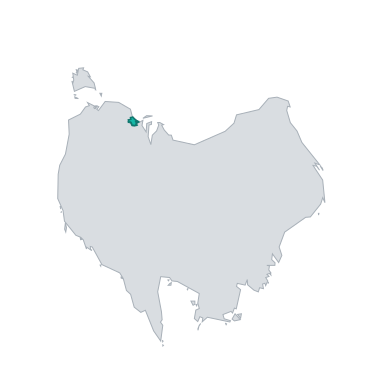 location of Coorong, South Australia, Australia, rotated 168°
{"feature_id": "25037944B88075036338207", "entity_name": "Coorong", "entity_type": "district", "adm_level": 2, "iso_a3": "AUS", "parent_name": "Australia", "parent_adm1": "South Australia", "projection": "equal_earth", "projection_center": [139.321, -35.718], "detail": "fine", "context": "in_parent", "style": "filled", "palette": "teal", "viewbox_px": 384, "rotation_deg": 168, "n_neighbors": 0, "source": "geoboundaries", "source_scale": "gbopen_adm2", "svg_char_len": 5075}
<svg xmlns="http://www.w3.org/2000/svg" viewBox="0 0 384 384"><g transform="rotate(168 192 192)"><path d="M258.4,64.1L262.2,86.0L267.1,84.9L272.5,91.4L273.3,104.7L276.6,109.3L277.2,121.6L279.5,127.9L295.2,139.7L301.0,158.9L302.8,159.9L303.2,156.5L306.5,159.9L307.1,158.2L308.3,167.9L310.2,170.8L314.6,173.8L322.8,190.0L322.0,200.7L324.7,213.5L319.2,237.2L315.8,245.7L307.9,255.4L300.1,274.1L297.8,288.1L285.0,291.4L278.5,297.3L274.5,297.8L275.6,301.2L269.5,296.3L270.5,295.1L270.1,293.9L269.0,293.8L266.9,296.0L265.4,294.7L267.9,292.7L266.6,291.1L258.1,298.6L245.1,294.9L235.0,285.8L234.7,278.6L230.0,272.0L232.0,272.3L231.9,270.3L225.1,272.3L227.1,267.4L224.4,260.3L222.0,268.4L216.9,269.2L217.7,266.5L220.1,266.5L223.4,255.3L222.4,246.9L219.0,255.8L213.9,259.1L210.6,264.4L211.1,267.1L209.1,266.7L205.8,263.8L207.8,263.7L206.3,258.5L203.0,252.6L200.4,251.9L199.8,246.7L179.9,237.7L146.9,244.5L136.6,250.6L132.4,258.2L109.4,258.7L97.6,267.7L89.1,267.1L79.0,261.0L78.3,254.8L80.7,255.9L82.4,252.1L81.4,239.4L76.6,229.8L74.2,217.6L61.3,191.9L65.8,194.7L62.7,186.8L64.8,191.4L68.1,192.8L61.7,176.5L64.2,153.9L65.3,159.3L68.7,153.4L81.4,143.0L86.1,143.6L109.7,133.5L118.2,120.1L117.3,111.3L121.9,105.0L126.2,114.8L128.1,109.3L125.5,105.5L126.2,103.0L134.1,104.7L131.6,103.7L133.1,99.8L131.6,96.4L135.8,95.9L134.2,93.4L137.7,93.0L136.4,89.3L139.4,85.1L139.7,87.6L142.1,87.3L142.2,82.6L145.8,84.3L147.9,80.5L151.8,83.1L156.9,89.7L156.1,94.9L159.4,89.9L166.7,93.2L168.1,90.4L164.8,86.4L173.0,68.5L174.7,69.6L177.5,65.2L178.6,67.1L187.2,65.7L186.9,61.3L181.1,58.1L182.0,57.0L203.0,66.3L209.0,62.9L207.6,66.5L210.2,68.4L213.3,64.1L216.0,67.7L212.8,75.7L209.1,76.5L209.4,82.2L206.0,91.2L224.9,107.5L230.1,109.2L231.7,113.0L240.2,115.7L246.3,101.6L246.8,81.0L247.8,73.2L249.9,71.3L248.3,67.7L253.6,52.7L258.4,64.1ZM264.9,313.4L274.5,317.3L286.1,314.9L286.4,325.6L285.7,323.7L284.4,326.0L283.9,333.0L279.9,330.1L277.1,336.5L272.2,336.0L273.3,334.2L269.1,331.2L267.5,325.8L269.4,326.7L265.1,319.1L264.9,313.4ZM171.3,57.1L177.3,57.1L179.2,59.4L175.2,63.9L171.3,57.1ZM214.8,274.6L224.7,274.3L220.5,276.1L214.8,274.6ZM214.5,81.0L215.7,85.5L211.9,84.7L212.5,81.6L214.5,81.0ZM322.3,188.1L322.2,183.2L323.8,179.1L324.3,182.1L322.3,188.1ZM283.7,307.0L286.9,307.9L286.9,309.4L283.7,307.0ZM170.7,58.5L172.9,62.8L169.0,62.6L170.7,58.5ZM261.6,307.7L259.7,307.3L260.8,304.7L261.6,307.7ZM234.7,105.7L232.9,107.0L231.1,107.7L232.0,105.2L234.7,105.7ZM61.2,190.8L59.6,188.4L59.3,186.2L59.5,186.1L61.2,190.8ZM286.2,310.9L287.4,311.9L285.0,311.1L286.2,310.9ZM309.5,168.5L310.9,168.5L310.8,170.7L309.5,168.5ZM277.7,121.4L279.3,122.7L279.0,123.5L277.7,121.4ZM279.7,333.9L279.8,335.7L278.6,335.1L279.7,333.9ZM324.0,202.5L324.0,205.2L323.8,205.2L324.0,202.5ZM186.6,56.9L185.6,55.7L186.2,55.1L186.6,56.9ZM214.6,57.1L213.1,59.4L214.9,55.5L214.6,57.1ZM324.3,199.4L323.6,200.2L324.1,199.3L324.3,199.4ZM216.9,97.9L216.1,98.4L216.6,97.3L216.9,97.9ZM211.5,80.9L210.5,81.1L211.1,79.7L211.5,80.9ZM73.0,143.1L72.8,144.8L72.3,144.7L73.0,143.1ZM251.8,51.6L251.8,53.2L251.3,52.1L251.8,51.6ZM269.0,294.5L269.2,295.3L268.9,295.1L269.0,294.5ZM212.8,60.0L210.8,61.6L212.8,59.6L212.8,60.0ZM136.5,87.1L135.8,88.2L136.3,87.0L136.5,87.1ZM280.4,332.7L279.8,333.0L280.2,332.4L280.4,332.7ZM233.9,110.9L232.8,110.9L233.3,110.0L233.9,110.9ZM132.7,95.2L132.2,95.8L132.1,94.4L132.7,95.2ZM285.2,329.1L284.3,329.5L284.6,328.6L285.2,329.1ZM252.5,47.5L252.4,48.5L251.8,48.0L252.5,47.5ZM268.5,295.6L269.3,296.4L267.9,296.2L268.5,295.6ZM297.1,139.6L296.4,139.6L296.7,138.5L297.1,139.6ZM302.5,156.3L302.2,156.3L302.5,155.4L302.5,156.3ZM265.4,312.1L265.1,312.8L264.9,311.9L265.4,312.1Z" fill="#d9dde1" stroke="#a8b0b8" stroke-width="1"/><path d="M229.4,271.9L229.5,271.9L229.6,272.0L229.8,272.1L230.1,272.3L230.4,272.5L230.6,272.7L230.8,272.9L230.9,273.0L231.0,273.1L231.4,273.4L231.5,273.5L231.8,273.8L232.2,274.3L232.5,274.6L232.8,274.9L233.2,275.5L233.4,275.9L233.6,276.1L233.9,276.6L234.2,277.3L234.4,277.6L236.7,277.6L236.7,275.8L239.3,275.8L239.3,274.0L239.7,274.0L239.7,273.4L238.0,273.4L238.0,272.6L237.1,272.6L237.1,272.4L237.1,272.1L237.3,271.9L237.2,271.8L237.2,271.7L237.3,271.7L237.2,271.7L237.2,271.3L236.9,271.3L236.9,270.0L236.9,269.9L236.9,269.7L235.8,269.6L235.8,269.0L234.0,269.0L234.1,268.7L233.9,268.7L232.4,268.7L232.5,268.8L232.4,268.9L232.5,268.9L232.6,269.0L232.8,269.2L233.0,269.3L233.0,269.5L232.9,269.7L232.7,269.7L232.6,269.8L232.6,270.0L232.5,270.3L232.4,270.3L232.3,270.5L232.2,270.6L231.3,271.0L231.1,271.1L230.5,271.4L230.4,271.4L230.4,271.5L230.2,271.5L229.9,271.7L229.9,271.8L229.7,271.9L229.4,271.8L229.4,271.9ZM231.3,271.5L231.5,271.5L231.8,271.6L232.0,271.8L232.3,272.0L232.5,272.2L232.5,272.3L232.4,272.3L232.3,272.5L232.3,272.8L232.2,272.9L231.9,272.9L231.9,273.0L231.9,273.3L231.8,273.2L231.7,273.0L231.6,272.9L231.5,272.7L231.4,272.7L231.5,272.6L231.8,272.5L231.8,272.4L231.7,272.4L231.6,272.2L231.7,271.9L231.8,271.9L231.7,271.8L231.6,271.7L231.4,271.6L231.3,271.5ZM231.8,273.2L231.8,273.3L231.8,273.2L231.8,273.3L231.8,273.2L231.8,273.2Z" fill="#14b8a6" stroke="#0f766e" stroke-width="1.5"/></g></svg>